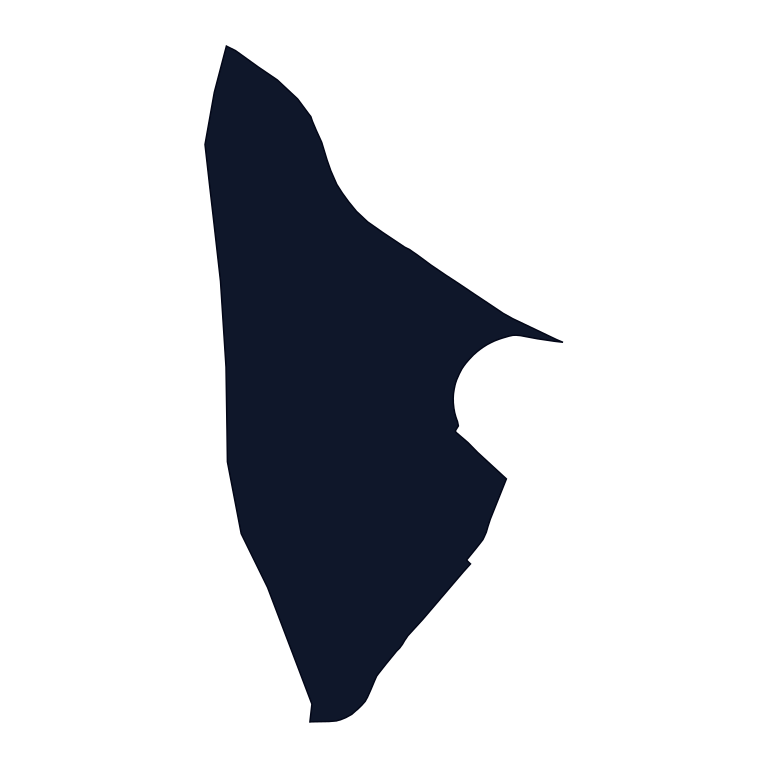 Bulaq, Al Qahirah, Egypt
{"feature_id": "37247803B29547542469056", "entity_name": "Bulaq", "entity_type": "district", "adm_level": 2, "iso_a3": "EGY", "parent_name": "Egypt", "parent_adm1": "Al Qahirah", "projection": "natural_earth1", "projection_center": [31.238, 30.062], "detail": "fine", "context": "isolated", "style": "filled", "palette": "ink", "viewbox_px": 768, "rotation_deg": 0, "n_neighbors": 0, "source": "geoboundaries", "source_scale": "gbopen_adm2", "svg_char_len": 2250}
<svg xmlns="http://www.w3.org/2000/svg" viewBox="0 0 768 768"><path d="M563.0,342.3L556.6,339.6L512.6,318.6L503.1,313.3L487.3,302.7L473.9,293.8L459.2,283.9L445.3,274.8L430.6,264.8L417.1,254.8L412.3,251.5L410.9,250.5L409.8,249.7L404.6,247.1L382.8,232.5L367.7,221.9L356.5,211.4L348.6,201.7L342.3,193.0L336.8,184.4L330.8,170.7L327.0,159.8L321.7,142.3L316.2,130.2L312.4,121.2L310.8,116.5L309.5,114.9L308.3,113.3L297.7,99.0L277.4,80.0L258.0,66.8L235.5,50.6L226.4,46.1L214.3,92.3L205.0,144.5L209.5,184.5L213.5,219.2L220.5,281.3L226.0,367.0L227.0,430.9L227.4,461.8L235.9,506.0L241.2,533.7L267.6,587.5L273.9,604.1L299.2,670.6L311.9,704.1L309.9,721.9L310.7,721.9L311.4,721.8L329.0,721.5L336.4,720.9L338.4,720.3L340.4,719.8L345.8,717.6L351.8,714.3L356.3,710.3L357.0,709.8L357.7,709.2L361.8,705.2L365.3,701.2L366.3,699.3L367.4,697.4L370.8,689.8L374.7,680.5L376.6,676.2L378.5,673.6L385.9,664.2L396.6,651.1L399.8,647.9L401.0,646.2L402.3,644.5L404.0,641.6L404.7,640.4L406.3,638.1L407.9,635.7L422.6,619.6L439.7,599.6L441.0,598.0L441.9,597.0L463.4,571.8L470.5,563.9L468.5,562.0L466.6,560.0L475.8,548.7L480.7,542.5L482.9,539.6L484.3,536.7L486.3,532.2L487.1,529.4L487.9,526.6L490.3,519.2L506.4,478.9L477.6,452.4L468.0,442.6L456.2,432.5L455.4,431.2L455.9,429.9L457.1,428.0L458.4,425.9L457.5,421.5L456.8,419.7L456.2,417.9L455.9,417.1L455.6,416.0L455.1,414.2L454.6,412.3L454.3,410.4L453.9,408.4L453.7,406.5L453.5,404.6L453.3,402.6L453.3,400.7L453.2,398.7L453.3,396.8L453.4,394.9L453.6,392.9L453.9,391.0L454.2,389.0L454.6,387.2L455.0,385.2L455.5,383.3L456.1,381.5L456.7,379.7L459.3,373.8L461.8,369.0L462.5,367.9L463.3,366.8L464.0,365.7L464.8,364.7L465.6,363.6L466.4,362.6L467.3,361.6L468.1,360.6L469.0,359.6L469.9,358.6L470.8,357.7L471.7,356.7L472.6,355.8L473.5,354.8L474.5,354.0L475.5,353.1L476.4,352.3L477.4,351.4L478.5,350.6L479.5,349.8L480.5,349.0L481.6,348.3L482.6,347.5L483.7,346.8L484.8,346.1L485.9,345.4L487.0,344.7L488.1,344.1L489.3,343.5L490.4,342.9L491.6,342.3L492.7,341.8L493.9,341.2L495.1,340.7L496.3,340.2L497.5,339.8L498.7,339.3L499.9,338.9L501.1,338.5L502.6,338.0L509.1,336.1L512.8,335.3L516.1,335.2L520.6,335.6L523.2,336.1L525.8,336.6L537.6,338.8L546.5,340.1L554.6,341.3L561.6,342.1L563.0,342.3Z" fill="#0f172a" stroke="#020617" stroke-width="1.5"/></svg>